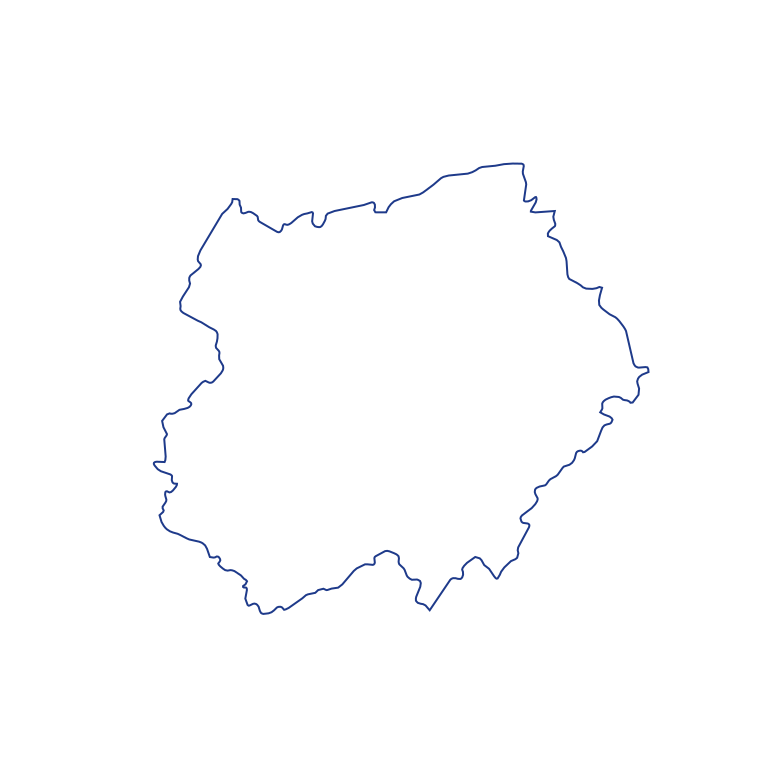 map outline of Tambov (Natural Earth projection), rotated 300°
{"feature_id": "RUS-2375", "entity_name": "Tambov", "entity_type": "Region", "adm_level": 1, "iso_a3": "RUS", "parent_name": "Russia", "parent_adm1": "", "projection": "natural_earth1", "projection_center": [41.398, 52.709], "detail": "fine", "context": "isolated", "style": "outline", "palette": "blue", "viewbox_px": 768, "rotation_deg": 300, "n_neighbors": 0, "source": "natural_earth", "source_scale": "10m", "svg_char_len": 6166}
<svg xmlns="http://www.w3.org/2000/svg" viewBox="0 0 768 768"><g transform="rotate(300 384 384)"><path d="M148.0,330.5L149.4,330.4L150.4,329.6L151.4,327.8L151.5,326.5L151.0,325.4L149.3,324.3L148.4,323.1L147.1,319.7L152.8,313.1L154.8,309.8L155.4,306.6L155.4,305.2L155.0,302.7L152.0,293.1L151.7,290.5L151.3,282.2L151.1,280.2L149.9,275.6L149.4,272.3L149.6,268.6L150.2,266.3L151.1,264.1L153.3,260.3L158.1,255.2L162.8,256.7L164.4,256.4L165.6,254.5L167.1,253.6L172.0,254.0L173.8,253.9L175.1,253.3L177.6,250.7L178.8,249.7L181.0,248.7L182.1,249.0L182.6,249.8L182.8,252.4L184.0,253.6L186.1,254.4L190.8,255.2L193.0,255.1L194.1,254.6L192.8,252.0L192.8,251.0L193.1,250.0L194.6,248.3L197.9,246.7L198.6,246.1L198.9,244.4L196.9,234.4L197.1,230.6L198.8,225.9L199.7,224.6L200.7,224.2L201.6,224.5L202.4,225.2L203.1,226.1L206.7,233.0L208.7,232.7L212.0,231.2L226.3,221.3L227.6,221.1L230.8,221.4L232.1,221.1L236.3,214.6L241.1,210.3L249.2,211.3L251.4,213.1L251.7,214.4L252.6,215.8L254.1,217.3L259.4,219.8L262.4,223.3L265.1,225.9L267.0,227.0L268.8,227.4L270.2,227.2L271.0,226.5L271.3,225.5L271.5,223.1L271.7,222.7L272.8,222.2L274.0,222.0L278.8,222.3L293.7,225.5L295.5,226.3L297.4,227.7L297.7,231.5L298.0,232.7L299.1,234.1L300.7,234.9L311.7,237.4L315.1,237.5L316.6,237.2L317.7,236.7L319.3,235.5L323.1,228.9L326.3,226.9L328.6,226.0L329.7,225.1L330.2,224.1L331.3,220.6L332.2,219.7L333.3,219.0L337.2,218.1L340.4,216.9L343.9,215.0L345.2,213.5L345.9,212.0L346.1,209.4L345.8,204.3L346.1,194.9L345.7,191.1L345.2,174.7L345.6,172.3L346.2,170.9L347.2,170.0L349.8,168.9L353.2,166.3L359.2,166.1L370.3,166.7L374.0,165.8L376.2,163.6L378.5,162.3L380.1,162.1L381.4,162.2L390.8,165.8L393.6,166.4L395.2,166.1L396.1,165.3L397.4,161.6L398.7,160.4L401.7,159.0L407.9,158.2L450.4,158.8L457.4,161.0L463.6,161.7L465.6,161.6L468.5,160.4L470.8,164.7L470.8,165.9L470.3,167.3L467.2,169.3L465.2,172.0L462.2,173.9L461.4,174.6L461.2,175.7L461.5,177.0L462.9,178.5L465.2,180.3L465.9,181.4L466.4,182.9L466.5,185.3L466.1,189.9L465.6,191.0L463.0,193.1L462.5,194.1L462.3,195.3L462.3,215.3L462.6,216.6L463.4,217.7L465.3,218.3L466.9,218.3L470.9,217.3L472.1,217.4L472.8,218.1L473.1,219.7L473.7,221.0L475.0,222.1L477.1,223.2L485.3,226.0L489.5,228.4L491.3,229.9L493.4,232.3L496.7,235.4L496.9,236.3L496.3,237.2L489.0,240.4L487.3,242.1L486.1,245.4L486.6,247.5L487.4,249.4L488.1,250.3L489.5,251.0L491.6,251.3L495.6,251.2L497.7,250.9L500.6,249.6L503.4,250.0L509.1,254.7L528.9,277.0L535.2,282.5L535.7,283.5L535.8,284.7L534.8,286.4L532.4,287.9L529.7,288.5L528.4,290.7L533.7,300.0L539.4,299.6L543.2,300.1L547.3,301.4L554.2,306.8L565.8,319.9L569.5,322.1L581.4,327.2L590.8,330.5L593.1,331.9L596.9,335.8L608.1,351.4L611.6,354.5L614.9,356.6L618.6,358.4L621.0,360.5L628.7,371.3L634.4,378.0L639.3,385.3L643.6,393.0L643.8,394.0L643.7,395.1L642.6,396.1L637.5,397.9L635.5,399.2L629.7,406.0L627.9,407.4L612.9,413.4L612.6,414.2L612.8,415.3L614.2,417.5L616.8,419.6L621.4,421.5L621.9,422.1L621.6,422.7L620.2,423.8L617.1,424.6L607.5,424.6L606.7,425.0L608.3,429.3L619.2,445.4L613.5,447.0L611.1,449.0L608.4,452.2L607.1,452.9L606.1,453.1L602.6,451.7L599.6,450.8L597.5,450.6L596.2,450.7L594.0,452.1L595.1,461.7L594.4,465.1L591.3,468.7L588.5,472.9L584.1,478.6L581.6,480.7L570.7,488.0L568.6,490.1L567.6,491.9L568.0,500.9L567.8,504.9L567.2,508.0L567.7,511.4L570.6,517.0L573.2,520.1L575.7,522.0L576.4,524.7L568.9,526.6L563.8,528.4L560.1,530.9L558.7,534.1L558.2,536.6L557.2,544.5L557.5,551.0L557.1,553.3L556.1,556.4L553.5,562.6L552.1,565.3L550.9,567.1L526.7,589.7L525.6,591.5L525.0,593.0L525.2,595.5L525.6,596.5L529.4,602.0L530.1,603.8L529.0,605.4L526.6,607.1L521.2,602.9L517.8,601.5L515.7,601.3L512.9,601.9L511.1,603.4L507.6,607.2L501.9,609.8L492.3,608.6L491.0,606.8L491.4,605.8L491.5,604.4L491.3,602.7L490.3,600.3L489.9,598.8L490.4,595.9L490.2,593.9L488.1,589.4L486.1,587.3L484.0,585.6L481.2,583.7L479.2,582.9L477.5,582.6L476.1,582.8L472.1,585.3L470.9,585.5L467.6,585.4L467.6,589.7L468.6,595.7L468.2,598.3L467.3,599.8L464.6,600.1L463.4,599.9L462.5,599.4L460.2,597.0L458.4,595.6L455.7,595.0L452.1,595.4L441.1,597.2L434.0,595.5L425.4,591.7L424.4,590.5L424.8,589.6L424.9,588.5L424.4,587.2L423.0,585.7L421.7,585.0L420.3,584.9L414.9,586.4L412.9,586.6L409.8,586.3L406.8,585.0L402.4,581.0L400.7,580.6L392.3,579.8L390.3,579.1L384.8,575.7L382.8,575.1L378.1,574.7L376.7,574.1L373.0,570.0L370.5,568.2L369.2,567.7L367.9,567.7L365.8,568.6L364.3,570.2L361.9,574.1L360.8,574.8L359.0,575.2L355.7,575.1L350.5,574.0L339.1,569.2L337.2,569.0L335.8,569.4L333.6,571.8L333.3,572.9L333.3,574.0L335.0,578.1L335.1,579.1L334.8,580.1L333.9,580.8L332.3,581.2L309.6,581.9L306.9,582.9L304.6,585.0L300.1,586.2L298.0,585.4L294.1,582.5L285.3,579.9L280.0,579.3L276.7,579.7L272.4,579.6L271.7,578.8L271.7,577.8L272.5,575.6L276.5,567.4L277.3,561.3L280.2,556.5L280.9,554.1L279.8,549.5L270.6,545.3L266.6,544.3L263.8,544.1L262.3,544.5L260.8,546.3L258.3,547.9L255.7,548.4L254.4,548.2L253.5,547.8L253.1,547.2L252.2,545.4L251.6,543.1L250.4,540.9L249.0,539.8L247.6,539.3L210.9,536.7L213.0,530.7L212.9,528.0L212.0,525.5L211.4,522.8L211.8,521.2L212.3,520.0L214.1,518.9L215.8,518.3L226.5,516.8L230.0,515.4L231.4,513.7L231.4,511.6L231.2,510.4L228.4,506.0L228.3,503.6L228.8,500.9L229.5,499.5L233.4,494.7L234.2,493.1L235.5,487.4L236.5,486.2L237.6,485.4L240.5,484.1L242.1,482.7L242.5,481.3L242.7,479.9L242.5,477.3L241.8,472.4L241.1,470.2L239.8,468.5L230.7,462.9L229.6,462.5L228.4,462.7L224.8,465.3L223.7,465.6L222.6,465.4L221.8,464.8L219.5,459.7L218.3,457.7L210.7,452.6L207.0,451.3L189.6,448.1L184.7,446.1L180.6,440.9L177.3,438.0L176.7,437.1L176.4,433.9L172.6,430.0L168.8,428.9L163.8,423.3L162.1,422.0L157.5,420.4L142.4,413.4L139.7,411.6L138.5,410.4L139.5,407.5L139.5,406.7L139.2,405.5L138.1,403.9L136.9,403.0L132.9,401.9L130.1,400.7L127.7,398.7L124.5,394.4L124.2,392.8L124.3,391.8L125.5,389.9L128.5,386.7L129.4,384.5L129.5,383.1L129.0,381.5L128.0,380.4L124.9,378.3L124.3,377.5L124.5,376.3L128.8,371.2L137.0,368.3L138.4,367.3L138.7,366.2L137.7,364.4L137.8,363.4L138.6,363.0L141.3,364.2L144.7,364.0L145.3,362.2L145.3,360.2L146.7,355.8L147.2,348.0L146.7,345.6L146.0,344.0L144.2,341.9L143.4,339.5L143.6,336.8L144.2,333.3L144.9,331.2L145.7,330.2L148.0,330.5Z" fill="none" stroke="#1e3a8a" stroke-width="2"/></g></svg>